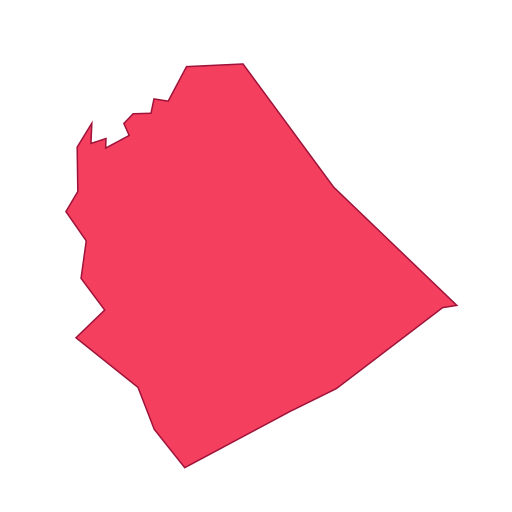 the district of Lyon, Kentucky, United States of America, rotated 351°
{"feature_id": "52423323B26234061394677", "entity_name": "Lyon", "entity_type": "district", "adm_level": 2, "iso_a3": "USA", "parent_name": "United States of America", "parent_adm1": "Kentucky", "projection": "robinson", "projection_center": [-88.137, 37.023], "detail": "fine", "context": "isolated", "style": "filled", "palette": "rose", "viewbox_px": 512, "rotation_deg": 351, "n_neighbors": 0, "source": "geoboundaries", "source_scale": "gbopen_adm2", "svg_char_len": 492}
<svg xmlns="http://www.w3.org/2000/svg" viewBox="0 0 512 512"><g transform="rotate(351 256 256)"><path d="M114.6,99.2L96.4,120.5L90.1,164.4L75.2,182.4L90.7,214.5L79.7,250.7L98.1,285.7L65.4,308.6L118.9,367.3L128.4,411.3L152.5,453.9L265.4,414.8L314.7,399.5L432.2,336.2L446.6,336.2L343.5,200.2L273.2,64.3L217.0,58.1L193.5,89.3L179.8,84.9L174.6,98.6L156.9,96.3L146.2,104.4L149.6,117.1L124.4,125.9L126.2,116.5L110.6,119.0L114.6,99.2Z" fill="#f43f5e" stroke="#9f1239" stroke-width="1.5"/></g></svg>